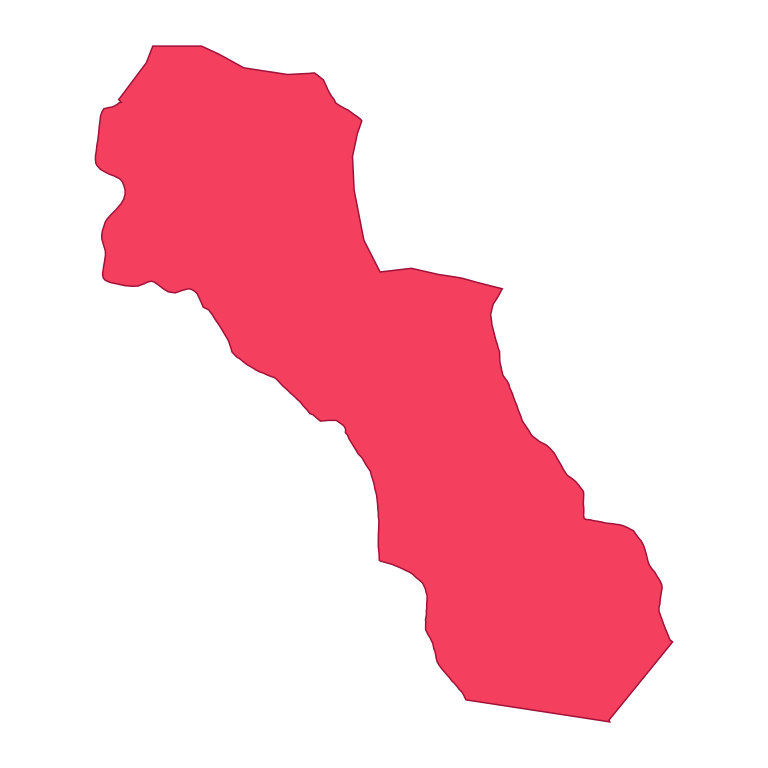 Entrepot, Castries, Saint Lucia
{"feature_id": "8701671B30362315223491", "entity_name": "Entrepot", "entity_type": "district", "adm_level": 2, "iso_a3": "LCA", "parent_name": "Saint Lucia", "parent_adm1": "Castries", "projection": "mercator", "projection_center": [-60.98, 14.0], "detail": "fine", "context": "isolated", "style": "filled", "palette": "rose", "viewbox_px": 768, "rotation_deg": 0, "n_neighbors": 0, "source": "geoboundaries", "source_scale": "gbopen_adm2", "svg_char_len": 6097}
<svg xmlns="http://www.w3.org/2000/svg" viewBox="0 0 768 768"><path d="M672.6,641.9L669.9,639.8L668.2,635.4L665.3,628.5L663.1,622.7L661.3,617.6L660.5,615.5L660.3,614.8L659.0,611.3L659.0,608.8L659.0,607.5L659.5,605.5L659.9,604.0L660.2,599.9L660.4,598.2L660.7,596.4L661.5,591.4L662.1,588.1L662.0,586.8L661.8,584.9L660.4,581.6L658.0,577.6L656.2,574.8L655.2,572.8L654.7,572.0L651.9,568.9L649.4,565.1L648.1,561.9L647.7,560.1L647.1,557.9L646.5,555.0L645.2,550.4L644.0,546.6L642.7,543.6L642.0,542.5L641.1,540.9L639.7,539.2L637.9,537.0L635.8,534.1L633.4,530.6L630.2,529.1L628.3,528.0L627.1,527.4L623.4,525.8L621.5,525.3L619.7,524.7L616.7,524.4L611.9,523.6L608.8,523.4L605.4,523.0L601.7,522.0L597.2,521.2L595.7,521.0L594.0,520.8L590.2,519.8L589.3,519.7L587.2,519.6L584.3,518.8L583.6,515.8L583.8,511.0L583.7,507.2L583.3,503.8L583.5,500.0L583.7,494.2L583.6,493.0L583.5,491.6L581.8,489.2L580.8,488.0L579.0,485.5L575.7,481.6L573.1,479.4L570.8,477.6L568.5,476.2L567.0,475.0L566.5,474.1L565.3,472.4L563.3,469.3L562.6,467.9L561.7,466.1L560.8,464.5L559.9,463.0L557.6,459.1L556.6,457.4L555.8,455.8L554.6,453.8L554.2,453.1L550.5,448.9L548.9,447.3L548.1,446.5L545.4,444.5L542.3,443.0L541.5,442.6L539.3,441.4L536.5,439.2L535.1,438.1L532.4,436.1L530.6,433.7L529.2,431.1L526.1,426.5L524.1,423.6L523.0,421.8L522.1,420.4L521.6,418.7L520.9,416.4L520.2,414.7L519.3,412.5L518.2,409.8L517.8,408.7L517.0,405.8L515.7,402.7L514.0,398.6L512.9,395.0L511.3,391.1L510.5,389.5L510.0,388.4L508.8,384.0L507.1,381.0L504.9,378.0L503.5,376.0L502.9,375.2L501.7,370.4L501.3,368.0L501.2,367.2L500.1,363.5L499.7,359.9L499.7,355.6L499.6,354.8L499.6,351.7L499.1,350.5L498.1,347.9L497.8,346.4L497.5,344.8L496.0,340.6L495.2,337.6L494.1,333.3L493.9,332.3L493.3,330.0L492.5,327.0L492.0,325.3L491.8,323.4L491.6,321.3L491.1,317.8L490.6,314.5L490.9,313.5L491.7,310.1L492.1,307.8L492.7,306.0L493.3,303.9L495.5,300.7L495.9,300.0L497.8,297.0L499.5,294.0L501.2,290.6L502.3,288.8L476.0,282.1L474.0,281.5L461.3,278.0L447.5,275.8L438.6,274.5L411.4,268.3L388.5,271.0L384.1,271.5L380.1,272.0L374.2,260.4L363.9,240.2L362.8,234.6L362.5,233.1L354.1,190.0L353.2,170.4L352.5,156.5L355.5,142.6L357.3,133.8L359.2,128.4L361.8,120.9L360.7,119.3L360.0,118.8L358.8,117.8L356.0,115.8L354.9,115.1L348.3,110.2L345.8,109.0L344.9,108.6L342.4,107.1L340.4,106.0L339.6,105.5L338.8,105.0L335.9,103.1L334.0,99.4L331.8,96.6L330.0,93.7L328.7,91.2L327.7,89.4L326.6,86.7L324.7,82.7L323.5,80.0L319.0,76.4L317.2,74.9L314.3,72.9L313.3,73.0L310.2,73.3L309.3,73.4L301.4,73.8L287.6,74.5L258.5,70.1L243.7,67.8L241.0,66.3L219.4,54.4L201.5,46.1L152.8,46.1L146.3,62.8L120.2,97.6L118.7,99.6L121.2,102.2L118.7,103.0L118.1,103.6L117.2,104.4L116.1,105.0L114.3,106.1L113.6,106.4L112.2,107.0L108.3,107.6L103.7,108.9L101.7,112.4L101.4,113.5L100.5,116.1L100.1,120.0L99.3,126.1L98.7,133.0L98.1,137.5L97.9,139.7L96.9,145.1L96.3,151.1L95.5,155.6L95.4,158.7L95.7,162.9L96.9,165.4L100.4,169.4L101.5,170.0L104.0,171.4L109.5,174.3L113.8,175.8L117.2,177.5L119.3,178.5L121.1,180.3L122.6,182.3L123.0,183.4L124.2,186.5L124.6,188.2L125.1,190.0L125.1,194.2L123.7,199.2L122.9,200.6L120.8,204.1L119.4,205.6L116.3,209.3L113.6,212.1L112.0,213.6L110.4,215.3L109.5,216.3L107.1,219.1L106.0,220.8L105.3,221.9L102.4,230.8L102.1,232.9L101.7,234.9L101.8,237.0L102.0,239.6L102.7,242.0L103.4,244.6L104.7,248.7L105.3,250.8L105.5,254.7L104.5,261.7L103.6,266.7L103.2,269.7L102.7,273.2L102.7,275.5L103.2,277.5L103.6,278.4L105.2,280.2L107.9,281.6L111.2,282.7L113.5,283.2L115.1,283.5L124.8,285.6L127.8,285.9L131.7,286.2L135.7,286.2L136.9,286.1L138.2,286.0L140.8,285.0L144.0,283.8L144.9,283.4L146.8,282.4L149.2,281.7L150.9,281.2L152.8,281.6L154.0,281.9L158.2,284.8L163.3,288.8L168.2,291.8L175.1,292.9L180.0,291.2L182.9,290.2L187.5,289.0L189.0,288.8L189.9,289.0L191.6,289.5L192.9,290.1L194.7,291.3L197.2,293.7L201.8,303.7L203.1,307.1L204.5,307.8L208.8,309.9L210.1,311.8L210.8,312.8L211.5,313.7L212.7,315.3L214.5,318.4L216.0,320.6L217.5,322.8L219.3,325.4L221.0,328.2L222.1,329.9L223.0,331.5L224.4,333.9L227.0,338.1L228.8,341.6L229.1,342.5L229.4,343.5L229.8,344.8L231.0,348.3L232.0,352.0L234.8,355.0L237.4,357.5L238.7,358.2L240.2,359.1L243.6,362.0L245.8,363.7L246.5,364.3L248.7,365.6L249.8,366.2L250.5,366.6L252.7,367.9L256.7,370.4L260.0,372.0L262.1,372.7L263.6,373.2L267.3,375.0L271.7,376.7L274.5,377.5L277.1,379.8L279.7,382.6L282.8,386.0L284.6,387.5L285.3,388.1L288.1,390.7L289.3,391.9L290.8,393.4L293.0,395.2L293.8,395.9L294.6,396.6L296.7,398.8L298.2,400.2L299.4,401.2L301.5,403.6L302.9,405.5L307.3,410.2L309.2,412.8L309.8,413.6L311.6,414.2L312.9,414.7L315.8,417.2L316.4,417.8L320.4,421.1L328.5,420.4L336.3,420.4L343.6,425.6L345.3,428.5L345.6,429.2L345.5,430.6L345.4,432.6L346.3,433.7L347.4,434.9L349.1,438.9L349.4,439.6L349.9,440.3L353.2,445.6L357.7,453.0L358.2,453.9L359.1,454.8L362.0,457.8L366.3,465.3L369.8,470.5L370.3,471.1L371.0,473.7L371.2,474.9L372.5,478.8L372.9,480.0L373.6,482.4L374.1,484.6L374.5,486.2L374.8,488.7L375.4,490.6L376.4,494.3L376.6,495.5L376.8,497.4L377.1,499.6L377.3,501.4L377.5,503.4L377.6,504.8L377.9,509.4L378.0,510.3L378.3,512.5L378.3,516.3L378.5,517.8L378.9,520.3L378.8,524.6L378.8,526.3L378.7,528.4L378.5,531.9L378.4,534.9L378.3,539.8L378.3,541.5L378.3,543.4L378.3,545.7L378.3,546.8L378.7,549.7L379.1,554.3L379.2,556.1L379.2,558.8L379.4,560.4L381.0,561.3L383.7,561.9L386.5,562.8L388.3,563.3L391.4,564.2L392.2,564.4L395.9,566.0L399.0,567.2L406.7,570.9L409.4,572.1L412.4,574.0L416.1,577.5L418.7,579.6L421.5,582.0L422.9,583.6L425.3,588.8L425.8,591.0L426.2,592.6L426.5,593.6L427.1,595.4L427.1,597.1L427.1,598.8L426.7,604.2L426.7,607.9L426.3,611.7L426.5,614.4L426.2,615.8L425.5,619.6L425.6,621.2L425.7,622.1L425.7,623.6L425.6,626.6L425.6,629.6L428.2,635.0L430.0,637.7L431.4,640.6L432.2,642.2L432.8,643.4L433.9,649.1L435.0,651.5L435.2,652.7L435.7,655.0L435.9,656.4L436.3,658.6L437.3,662.1L439.3,665.5L442.1,669.2L444.4,671.9L447.5,675.4L448.0,676.0L449.5,677.7L450.1,678.5L451.5,680.6L453.0,682.0L454.1,683.0L457.0,686.4L459.3,689.5L460.3,690.5L461.7,691.9L463.4,694.6L464.2,696.2L465.2,698.4L465.6,699.1L466.0,699.9L609.8,721.9L609.0,720.1L672.6,641.9Z" fill="#f43f5e" stroke="#9f1239" stroke-width="1.5"/></svg>